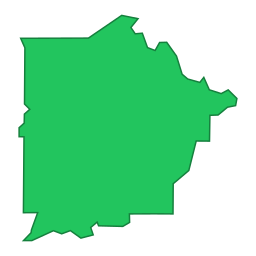 Talbot, Georgia, United States of America (Albers equal-area conic projection)
{"feature_id": "52423323B20787176465292", "entity_name": "Talbot", "entity_type": "district", "adm_level": 2, "iso_a3": "USA", "parent_name": "United States of America", "parent_adm1": "Georgia", "projection": "albers", "projection_center": [-84.515, 32.7], "detail": "fine", "context": "isolated", "style": "filled", "palette": "green", "viewbox_px": 256, "rotation_deg": 0, "n_neighbors": 0, "source": "geoboundaries", "source_scale": "gbopen_adm2", "svg_char_len": 768}
<svg xmlns="http://www.w3.org/2000/svg" viewBox="0 0 256 256"><path d="M20.7,38.3L24.9,47.8L24.5,104.0L29.8,109.3L24.4,114.1L24.2,123.1L19.1,127.7L19.1,136.7L24.0,136.8L23.5,200.2L23.4,212.7L37.7,212.6L31.4,230.1L31.1,232.7L23.5,240.6L31.8,240.6L53.4,230.7L61.7,233.8L70.4,230.6L80.9,238.1L93.2,234.9L90.7,227.5L97.1,222.1L98.6,225.8L122.8,226.4L129.6,222.4L129.4,213.9L154.4,213.8L173.0,213.9L173.2,183.7L188.8,170.5L196.2,141.0L209.5,141.1L209.9,115.3L218.1,115.0L227.5,107.2L235.6,105.6L236.9,98.5L228.2,89.9L221.2,93.6L209.3,89.8L203.8,77.4L199.8,82.4L187.7,79.0L182.1,74.2L176.5,56.1L166.7,42.3L159.6,42.5L155.1,50.5L147.5,47.6L142.3,33.2L135.2,33.8L130.9,27.5L138.0,18.7L121.7,15.4L88.4,38.1L20.7,38.3Z" fill="#22c55e" stroke="#15803d" stroke-width="1.5"/></svg>